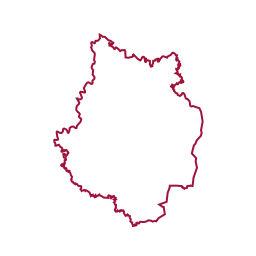 outline of Kalētu pag., Priekules, Latvia, rotated 76°
{"feature_id": "27541924B96386637120748", "entity_name": "Kalētu pag.", "entity_type": "district", "adm_level": 2, "iso_a3": "LVA", "parent_name": "Latvia", "parent_adm1": "Priekules", "projection": "mercator", "projection_center": [21.495, 56.335], "detail": "fine", "context": "isolated", "style": "outline", "palette": "rose", "viewbox_px": 256, "rotation_deg": 76, "n_neighbors": 0, "source": "geoboundaries", "source_scale": "gbopen_adm2", "svg_char_len": 5769}
<svg xmlns="http://www.w3.org/2000/svg" viewBox="0 0 256 256"><g transform="rotate(76 128 128)"><path d="M191.8,76.3L183.3,70.7L176.5,70.4L173.8,69.1L168.1,72.2L160.8,68.3L159.5,66.3L156.7,64.4L153.2,59.2L150.7,57.7L147.9,57.7L139.8,54.0L130.2,53.2L126.1,53.9L122.4,59.7L122.5,61.1L122.0,61.9L121.3,62.2L117.0,61.8L114.2,63.3L113.8,64.3L113.1,64.8L108.6,65.1L107.4,66.0L107.3,66.6L107.6,67.2L108.6,67.7L108.7,68.5L109.5,69.8L107.9,71.8L106.4,71.8L105.8,72.9L103.4,74.3L102.5,74.0L102.4,74.5L101.2,74.8L100.8,74.3L100.1,74.1L100.0,74.9L98.1,76.2L96.7,74.8L97.6,74.4L97.5,73.5L97.6,73.3L98.5,74.1L99.1,73.4L97.6,72.0L97.0,70.1L96.7,69.9L97.5,69.5L97.6,69.0L96.9,68.8L96.1,67.4L96.1,66.8L96.9,66.3L97.0,65.8L95.4,65.4L96.9,64.3L97.0,63.5L96.3,63.0L95.7,63.1L94.3,64.4L93.9,64.2L94.0,63.8L93.5,63.6L91.6,63.7L91.0,64.1L90.7,64.4L90.8,65.1L90.5,65.3L88.6,64.5L88.8,66.1L87.6,67.0L87.3,66.4L86.8,66.4L87.0,67.3L86.5,68.4L85.7,66.6L84.8,66.2L83.3,66.9L82.3,66.9L82.9,65.3L81.9,64.7L82.4,64.3L82.1,64.0L81.3,64.5L81.1,63.7L80.1,63.9L80.4,63.5L80.1,62.1L78.4,62.0L78.1,62.9L78.6,62.9L78.7,63.5L77.7,63.3L77.5,62.9L75.9,62.1L74.5,63.2L73.6,63.2L73.6,63.6L74.2,64.4L73.8,64.6L73.2,63.9L72.8,64.4L72.3,63.7L72.1,64.2L71.8,64.2L71.3,63.5L70.4,63.6L69.4,62.8L68.7,64.1L68.1,64.0L66.7,65.0L65.8,66.1L66.1,67.1L67.4,68.8L68.3,72.4L69.2,73.1L67.2,75.9L66.9,77.2L68.4,79.6L71.0,82.1L70.8,82.9L70.0,83.1L69.1,82.4L68.7,81.7L68.2,81.7L67.9,82.2L68.2,83.8L68.1,84.8L69.2,85.7L68.9,87.3L71.5,88.1L72.4,89.2L73.8,89.3L74.1,90.1L74.0,90.9L71.7,91.4L68.3,90.5L66.9,92.6L67.0,93.3L68.1,94.4L68.1,95.1L67.7,95.4L66.4,95.2L65.1,93.8L64.9,93.9L64.6,95.2L63.3,95.1L62.7,95.7L62.5,96.1L62.8,97.1L64.9,98.9L65.4,99.8L63.2,101.9L58.0,104.9L58.3,105.6L59.6,105.7L60.0,106.7L59.9,110.9L58.9,113.3L53.0,112.1L51.7,112.3L51.3,112.9L51.4,114.0L50.9,115.3L51.5,117.0L49.2,118.1L46.9,120.0L46.8,120.4L47.0,120.7L48.0,121.4L48.0,122.2L46.1,122.9L44.1,124.8L43.5,126.1L42.4,125.5L41.5,126.0L41.0,125.6L42.2,124.5L43.1,123.3L42.2,121.8L41.6,121.6L41.2,122.5L39.7,123.3L37.9,125.9L34.1,128.3L33.7,129.0L33.4,130.6L32.1,131.2L30.6,132.9L34.3,133.6L35.9,135.7L36.0,136.3L35.6,138.5L37.3,139.2L37.6,140.1L35.9,142.0L36.1,142.8L36.6,143.1L39.6,143.2L40.8,144.3L44.2,143.9L47.0,142.3L48.6,142.4L53.8,144.5L55.5,144.1L57.4,145.0L57.4,146.7L59.9,148.5L61.1,148.7L63.6,147.8L67.6,149.4L70.5,148.2L72.1,148.7L73.7,151.2L75.7,151.4L76.5,152.4L76.3,153.1L74.5,154.7L74.1,155.5L74.1,156.4L74.8,157.5L78.6,161.2L81.9,160.8L83.0,161.1L83.1,161.9L81.9,163.6L81.4,165.0L81.9,166.0L87.4,165.3L88.3,166.0L88.7,166.7L88.5,167.7L88.6,169.0L87.1,169.7L87.0,170.5L91.7,169.1L92.6,169.6L94.4,172.4L96.4,173.4L98.0,173.7L99.6,173.3L101.6,171.8L102.8,171.4L104.9,172.8L105.9,172.7L107.4,171.4L108.4,171.3L110.6,172.7L113.4,176.9L115.6,178.0L115.2,179.1L113.6,180.4L113.3,181.1L113.1,182.2L113.7,184.2L114.2,184.8L116.2,185.3L118.3,187.0L117.9,187.6L116.2,187.6L114.5,188.3L113.2,189.8L113.1,190.8L113.4,191.2L115.7,192.1L116.8,193.7L116.3,195.2L114.5,197.2L114.3,197.9L114.9,198.3L119.2,198.7L122.0,198.5L122.4,199.0L122.4,199.6L122.2,200.8L121.6,201.9L121.9,202.5L124.1,202.8L124.8,202.3L126.0,202.3L127.6,202.7L127.8,202.2L127.5,199.2L130.3,198.0L131.1,196.9L132.2,196.8L133.2,197.2L134.1,198.2L134.9,198.2L135.2,197.6L134.2,196.0L134.9,195.8L135.0,195.2L134.1,195.1L134.2,194.4L134.6,193.9L134.6,193.0L137.3,191.9L137.9,192.0L137.9,192.7L139.0,193.2L140.3,194.8L138.0,195.7L137.4,196.5L137.5,197.0L141.0,197.4L142.0,195.8L143.9,195.8L144.0,196.0L143.7,196.9L143.9,197.3L147.1,197.8L148.0,198.6L147.9,199.0L147.0,199.5L147.5,200.2L147.2,201.1L148.0,201.9L148.7,201.7L149.5,200.6L149.7,199.3L151.3,199.6L152.8,198.6L151.8,198.8L151.6,198.3L151.7,198.0L152.8,197.6L153.6,198.0L154.1,197.6L154.7,198.1L154.9,198.0L154.9,196.8L155.4,195.2L156.1,195.5L156.0,196.1L156.2,196.3L157.3,194.9L160.0,194.8L161.9,194.1L163.5,195.2L164.1,195.1L164.4,195.6L166.2,195.5L167.0,194.5L167.8,194.4L169.0,193.5L168.8,193.3L168.8,193.0L169.8,192.5L169.4,191.9L169.7,191.4L172.4,189.9L172.9,187.9L173.5,187.5L175.0,187.9L175.8,188.9L177.9,188.2L177.6,187.5L177.8,186.4L177.5,185.5L178.0,184.9L178.7,184.7L178.2,184.0L179.0,182.9L181.3,180.9L184.8,180.5L184.2,179.8L184.2,178.4L185.2,178.8L185.4,177.8L187.2,177.0L187.1,176.2L186.1,176.6L185.3,175.7L186.6,175.4L186.4,174.7L186.6,173.9L186.1,173.3L185.6,171.8L186.5,171.7L187.9,169.9L189.4,168.6L190.0,167.5L190.4,165.6L191.0,164.3L189.1,163.6L188.7,162.9L189.4,161.9L190.1,161.7L190.0,161.4L190.8,161.1L190.8,161.7L191.8,162.0L192.2,161.6L191.4,160.0L190.6,159.9L190.7,158.1L191.9,158.0L192.7,157.0L193.6,158.5L193.9,157.4L194.4,157.0L194.7,158.1L194.5,158.5L195.3,158.7L195.0,158.1L195.7,158.6L196.1,158.4L196.8,159.5L197.2,159.1L198.3,159.3L199.7,158.9L199.7,158.3L200.1,158.3L201.7,159.0L202.6,158.9L202.8,159.6L204.6,160.7L206.3,159.9L206.3,159.4L205.4,158.3L206.3,158.0L206.1,157.2L207.0,156.3L206.3,155.7L206.8,155.2L206.7,154.8L206.3,155.1L206.0,154.8L206.3,154.0L206.9,153.6L206.7,153.0L206.8,152.5L208.3,152.2L209.6,152.6L212.6,151.6L212.6,150.3L212.1,150.2L211.8,149.5L212.9,149.3L213.0,149.0L212.8,148.6L213.6,148.2L213.9,147.5L215.5,148.0L217.5,147.4L219.2,148.3L220.5,147.3L220.7,146.8L221.4,147.2L223.3,146.7L224.2,146.9L224.3,145.5L223.8,145.6L223.5,145.1L224.4,144.9L224.4,143.5L223.9,143.5L223.4,142.8L222.3,143.0L222.0,142.2L222.1,141.7L222.9,141.3L223.3,140.5L221.9,138.9L223.1,135.3L223.1,132.3L222.6,130.9L222.6,130.1L223.7,127.8L224.7,126.8L224.7,124.3L225.4,123.2L222.8,120.1L220.6,113.1L213.3,112.5L212.8,113.6L209.8,116.2L209.0,108.4L200.5,105.2L196.0,102.1L194.1,101.4L195.9,94.1L197.3,90.2L197.7,89.5L198.7,89.8L199.1,89.5L199.1,88.8L200.6,88.1L200.2,87.1L200.4,85.4L198.6,84.5L199.3,81.1L199.1,81.0L199.9,79.4L191.8,76.3Z" fill="none" stroke="#9f1239" stroke-width="2"/></g></svg>